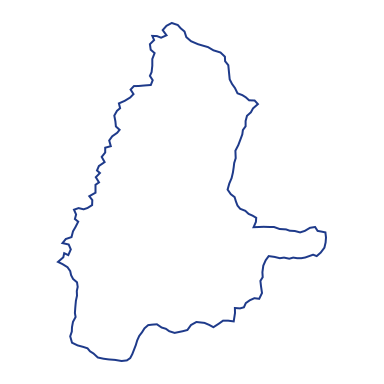 Cedro do Abaeté, Minas Gerais, Brazil (Mercator projection)
{"feature_id": "56859067B21922864166486", "entity_name": "Cedro do Abaeté", "entity_type": "district", "adm_level": 2, "iso_a3": "BRA", "parent_name": "Brazil", "parent_adm1": "Minas Gerais", "projection": "mercator", "projection_center": [-45.692, -19.108], "detail": "fine", "context": "isolated", "style": "outline", "palette": "blue", "viewbox_px": 384, "rotation_deg": 0, "n_neighbors": 0, "source": "geoboundaries", "source_scale": "gbopen_adm2", "svg_char_len": 2671}
<svg xmlns="http://www.w3.org/2000/svg" viewBox="0 0 384 384"><path d="M224.9,56.7L220.5,52.5L213.4,50.3L208.0,47.1L203.1,45.7L198.0,44.2L191.0,41.2L186.3,37.1L184.5,31.5L180.7,28.3L177.8,25.0L171.7,23.0L166.5,25.8L162.7,30.1L166.5,35.3L161.1,37.7L157.0,36.1L152.3,35.9L154.1,40.1L149.9,44.2L150.7,49.7L154.6,53.1L152.3,59.0L152.3,65.8L151.6,72.1L149.9,75.9L152.7,80.2L150.8,85.0L144.1,85.5L138.7,86.0L133.9,86.1L130.6,89.6L133.5,94.1L130.2,97.5L124.6,100.9L118.9,103.4L120.1,108.2L117.0,110.8L114.3,115.6L115.4,121.4L115.9,126.5L119.6,129.8L117.2,132.8L112.2,136.3L109.2,140.5L110.8,146.2L105.2,147.7L105.2,152.5L101.7,156.9L104.6,162.1L98.9,166.0L97.0,170.5L99.9,173.0L95.8,177.2L99.0,182.4L95.5,184.8L95.5,192.7L89.3,196.2L92.3,200.1L92.1,205.1L87.5,208.0L83.6,209.3L78.6,208.1L74.0,209.7L76.1,214.5L74.9,219.0L78.2,221.7L75.5,227.0L73.0,231.3L71.5,237.1L65.8,239.0L62.5,243.1L68.7,244.5L70.8,249.4L68.3,255.1L64.2,253.2L63.3,257.3L58.0,261.9L62.5,264.1L67.5,267.2L70.2,271.1L71.1,275.2L73.1,279.0L77.0,282.3L77.7,286.9L76.8,291.0L77.0,295.7L75.9,300.8L75.3,307.4L74.9,313.0L75.6,317.0L73.0,321.8L72.0,327.1L71.8,331.6L70.2,336.3L72.0,342.7L77.6,345.4L83.2,346.9L87.5,348.3L90.0,351.3L93.5,353.5L97.8,357.5L103.4,358.7L108.5,359.4L115.0,359.9L121.6,361.0L126.9,360.4L130.2,358.1L132.3,354.1L133.9,350.0L135.8,345.1L137.2,340.4L139.3,335.8L142.0,332.3L144.5,328.3L148.2,325.1L152.5,324.6L156.9,324.3L161.6,327.5L165.9,328.8L169.2,331.2L174.6,332.9L182.8,331.2L187.4,330.0L191.0,325.0L196.4,322.0L204.5,322.9L209.2,324.9L213.4,327.2L218.8,323.7L223.0,320.7L228.4,320.7L233.7,321.4L235.0,313.0L234.9,308.0L240.0,308.4L243.9,307.3L245.8,303.1L249.9,300.2L254.4,298.2L259.2,298.8L262.0,293.0L261.0,286.2L260.4,280.9L262.7,277.2L262.4,272.2L263.3,265.6L265.7,260.2L268.7,256.1L274.5,256.9L279.8,258.2L284.0,257.6L289.3,258.7L293.2,257.6L297.2,258.2L301.3,258.2L305.2,257.5L308.9,256.2L313.1,254.7L316.7,256.1L320.7,252.6L324.4,247.7L325.6,242.5L326.0,237.5L325.4,232.4L321.5,231.6L317.6,230.9L315.1,227.0L310.0,227.8L304.8,230.9L300.1,232.4L294.8,231.0L289.7,230.7L286.0,229.4L279.6,229.0L274.0,227.0L269.7,227.0L263.6,226.8L258.8,227.0L253.6,227.2L255.9,221.9L256.2,217.8L252.5,215.6L248.6,213.9L245.3,210.8L240.2,208.8L237.5,205.6L235.9,201.4L234.6,197.1L230.8,194.2L227.6,189.6L229.3,183.5L231.6,178.1L232.9,172.6L233.7,167.3L234.2,163.0L235.7,158.2L235.4,150.7L238.3,145.1L240.6,139.0L242.3,134.4L242.9,130.0L245.6,126.3L245.6,121.0L247.0,115.8L250.9,112.3L253.0,108.4L257.9,104.1L254.6,100.5L249.1,100.3L245.8,97.3L242.3,95.1L237.5,93.3L235.0,88.1L232.0,83.9L229.7,79.4L229.1,73.5L228.3,65.2L225.1,61.2L224.9,56.7Z" fill="none" stroke="#1e3a8a" stroke-width="2"/></svg>